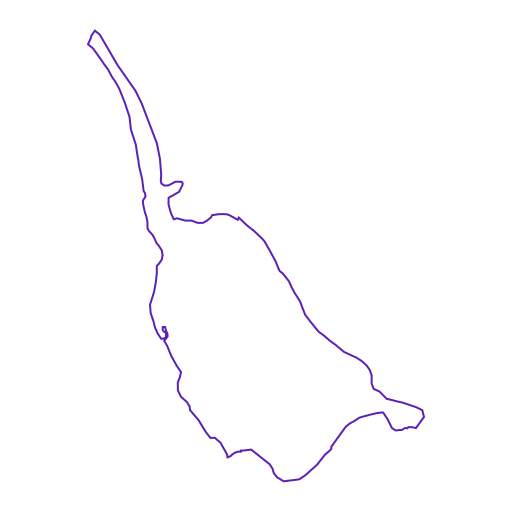 Sahil Silim, Asyut, Egypt (Natural Earth projection)
{"feature_id": "37247803B82943552263009", "entity_name": "Sahil Silim", "entity_type": "district", "adm_level": 2, "iso_a3": "EGY", "parent_name": "Egypt", "parent_adm1": "Asyut", "projection": "natural_earth1", "projection_center": [31.355, 27.093], "detail": "fine", "context": "isolated", "style": "outline", "palette": "violet", "viewbox_px": 512, "rotation_deg": 0, "n_neighbors": 0, "source": "geoboundaries", "source_scale": "gbopen_adm2", "svg_char_len": 3029}
<svg xmlns="http://www.w3.org/2000/svg" viewBox="0 0 512 512"><path d="M414.7,427.7L415.9,428.1L424.0,417.0L422.3,410.2L416.0,407.1L410.3,405.2L402.8,402.7L397.1,401.4L390.2,399.6L386.8,398.9L379.4,391.5L373.7,388.9L372.8,386.5L371.6,383.3L371.7,375.5L369.7,369.9L366.6,365.4L361.5,360.9L356.4,357.6L351.2,355.3L344.0,351.9L335.9,345.1L329.7,340.6L326.0,337.4L324.6,336.1L318.5,331.6L310.3,321.5L305.2,314.8L303.9,311.5L302.1,307.0L300.1,301.4L295.0,293.5L291.9,287.9L288.9,281.2L282.7,273.4L279.7,271.1L278.8,269.0L278.7,269.0L275.6,261.3L269.5,250.1L264.4,241.2L261.3,237.8L254.2,231.1L247.0,225.4L238.8,217.6L237.8,219.8L229.6,215.3L226.5,214.2L219.3,214.1L218.1,214.3L213.1,215.0L212.1,215.2L211.0,217.4L206.9,220.7L202.8,222.9L197.7,222.9L191.5,220.6L185.3,220.6L177.1,218.3L174.8,219.0L173.8,219.3L171.8,215.1L170.5,211.7L169.1,206.6L168.5,203.9L168.6,199.5L168.6,197.9L169.8,197.0L173.1,195.3L179.1,191.8L182.4,185.2L182.7,183.2L181.7,181.8L175.5,181.7L168.4,185.4L164.4,185.6L161.4,183.5L160.8,181.1L161.2,174.5L159.9,158.5L156.8,143.1L141.7,103.5L135.4,90.7L117.4,64.9L112.4,56.3L99.7,34.5L94.9,30.7L93.1,33.2L91.5,35.6L90.5,38.9L88.4,43.4L88.0,44.3L93.0,48.4L100.1,58.3L104.2,64.3L108.1,69.6L112.0,76.9L116.1,82.9L118.1,86.7L119.5,89.3L124.7,102.4L127.0,109.3L129.5,116.8L130.9,129.6L133.7,138.1L135.8,144.6L137.9,158.3L138.1,158.5L138.3,159.7L138.6,162.6L139.1,166.2L139.9,169.6L141.2,175.1L141.8,177.9L142.3,180.0L142.6,183.0L143.1,186.6L143.6,191.0L145.0,193.0L145.5,196.6L142.9,200.6L143.1,204.0L143.7,207.1L144.9,212.3L146.4,216.8L147.4,221.7L147.5,228.4L149.1,231.2L152.3,234.6L152.5,234.9L152.7,235.2L153.4,236.2L153.3,236.4L154.0,237.4L156.5,243.0L159.1,246.2L161.8,250.5L162.6,255.0L161.9,259.4L159.1,263.5L156.8,265.9L156.8,273.3L155.9,281.7L154.7,288.3L154.1,291.9L150.0,304.7L150.7,313.1L152.8,319.4L152.9,319.5L153.6,321.7L154.9,327.2L157.6,333.4L161.2,338.8L163.0,338.7L166.0,337.6L166.0,334.6L165.8,332.6L163.8,331.6L162.7,329.9L162.7,327.1L165.1,327.0L166.0,330.7L167.4,333.5L167.6,336.5L164.2,340.9L167.1,345.7L171.2,355.8L176.8,365.9L181.0,372.0L179.9,377.2L177.8,382.4L177.9,390.4L181.0,396.8L187.0,402.1L189.6,406.4L190.1,410.2L191.4,411.7L198.7,420.3L205.8,432.0L210.4,437.9L214.9,437.8L216.2,439.0L220.4,442.6L227.0,454.3L227.5,457.4L230.6,456.1L231.6,455.0L234.7,452.8L237.8,451.7L240.9,451.7L240.9,450.6L241.9,450.6L242.9,450.6L251.2,449.6L269.6,464.2L271.3,466.7L272.5,468.6L273.7,472.9L274.7,474.2L277.0,477.2L281.4,479.9L283.7,481.3L295.7,479.8L299.3,479.3L305.0,475.5L306.4,474.3L307.5,473.3L309.7,471.3L314.3,467.2L317.1,464.7L319.9,461.1L322.1,458.4L323.1,457.0L325.1,454.5L329.2,451.1L331.3,448.9L331.3,446.7L345.8,426.7L349.9,423.4L354.0,421.2L359.2,417.8L362.3,416.8L370.5,414.6L376.9,413.1L382.8,412.4L383.9,413.5L385.0,415.4L386.0,416.8L387.7,419.4L388.7,421.5L390.1,424.3L392.0,428.1L395.8,430.5L398.1,430.2L400.2,430.0L402.1,429.9L405.0,428.0L407.4,428.2L408.4,427.1L410.2,427.1L411.0,427.1L412.4,427.3L413.7,427.6L414.7,427.7Z" fill="none" stroke="#5b21b6" stroke-width="2"/></svg>